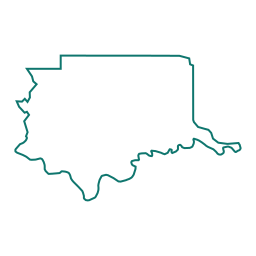 Bryan, Oklahoma, United States of America
{"feature_id": "52423323B7757508729966", "entity_name": "Bryan", "entity_type": "district", "adm_level": 2, "iso_a3": "USA", "parent_name": "United States of America", "parent_adm1": "Oklahoma", "projection": "robinson", "projection_center": [-96.193, 33.922], "detail": "fine", "context": "isolated", "style": "outline", "palette": "teal", "viewbox_px": 256, "rotation_deg": 0, "n_neighbors": 0, "source": "geoboundaries", "source_scale": "gbopen_adm2", "svg_char_len": 2605}
<svg xmlns="http://www.w3.org/2000/svg" viewBox="0 0 256 256"><path d="M26.9,68.8L32.0,76.4L33.3,81.4L36.6,84.2L29.7,92.3L29.9,97.5L27.5,101.9L24.8,98.8L22.0,101.6L16.7,101.3L19.1,106.8L24.6,112.7L26.9,111.8L29.0,114.9L24.2,121.2L27.6,132.2L26.0,136.3L26.8,137.4L26.9,138.1L26.3,139.6L25.6,140.7L23.8,142.4L22.7,143.1L20.0,144.2L16.6,148.1L15.6,149.3L15.4,149.8L15.4,150.8L15.5,151.5L17.1,152.7L22.7,154.9L24.9,156.0L26.4,156.8L30.0,159.6L31.7,159.8L35.6,159.6L40.3,158.4L41.3,158.7L41.9,159.0L42.6,159.9L43.7,162.0L44.5,164.5L44.7,165.8L44.7,169.2L45.7,171.1L48.2,173.6L48.7,173.9L52.3,173.7L59.3,173.1L60.0,172.8L61.5,171.4L62.1,171.3L65.1,171.6L66.7,172.0L68.6,172.8L69.3,173.7L70.0,175.0L70.3,175.9L71.0,178.5L72.3,180.5L73.6,182.0L78.5,186.9L79.8,188.3L82.3,191.0L83.0,192.7L83.9,195.9L83.9,198.0L84.2,198.7L85.8,200.1L87.7,200.4L89.2,200.2L94.7,197.7L95.3,197.2L95.8,196.5L97.6,193.0L98.4,190.0L98.5,188.0L98.3,185.4L98.6,183.6L99.4,180.6L99.7,179.7L101.5,176.3L102.1,175.8L106.0,174.8L107.9,175.2L113.5,178.1L118.4,181.4L120.6,181.6L125.9,180.2L126.8,179.8L129.3,178.9L131.5,177.6L132.4,176.6L133.7,174.6L135.5,168.9L135.6,166.6L134.4,166.1L133.5,165.6L132.8,165.3L132.3,164.9L131.7,163.9L131.3,162.2L131.8,161.2L132.1,161.0L135.1,160.2L138.5,160.2L139.0,159.6L138.3,155.6L138.7,154.4L139.2,153.8L141.6,153.4L145.7,153.2L146.9,153.8L149.0,155.5L150.5,156.0L151.8,156.1L152.2,155.4L152.2,153.8L151.8,152.4L151.4,151.9L151.2,151.4L151.2,151.1L151.6,150.7L155.5,151.1L160.9,152.7L163.1,153.7L164.7,154.2L167.7,152.8L169.3,149.9L169.7,149.3L170.8,149.4L171.6,149.8L171.7,150.4L171.5,151.3L171.6,152.2L171.8,152.6L172.3,153.0L175.9,151.5L177.7,149.8L177.9,149.4L178.0,148.4L177.9,146.7L178.1,145.7L178.9,145.1L179.5,144.9L180.2,144.9L181.3,145.7L182.2,147.2L184.4,148.1L189.7,147.9L191.6,147.1L192.4,146.5L193.6,143.8L193.9,142.4L193.9,141.3L193.8,140.8L193.5,140.1L193.4,139.4L193.7,138.8L193.9,138.7L197.1,139.7L198.9,140.5L201.6,142.2L204.7,144.5L206.2,145.8L207.8,146.8L213.4,149.3L215.9,151.6L217.0,152.9L217.4,153.5L218.4,154.2L219.1,154.5L220.5,154.6L221.4,154.4L222.8,153.5L223.4,153.0L223.7,152.3L223.8,151.8L223.7,150.6L223.4,149.9L223.1,148.4L223.1,148.0L223.4,147.5L227.4,146.6L228.5,146.6L231.3,147.7L231.8,148.1L234.8,151.6L235.6,152.0L235.9,152.0L238.0,150.7L239.5,150.1L240.4,148.9L240.6,148.1L239.6,144.6L238.8,143.7L238.5,143.0L227.4,143.9L218.3,142.7L213.0,138.6L211.2,132.9L208.5,129.9L198.1,127.0L193.9,122.0L193.2,119.9L193.1,65.5L190.1,64.3L189.2,58.4L179.4,55.8L150.9,55.7L113.4,55.7L72.6,55.6L60.7,55.6L60.7,68.8L26.9,68.8Z" fill="none" stroke="#0f766e" stroke-width="2"/></svg>